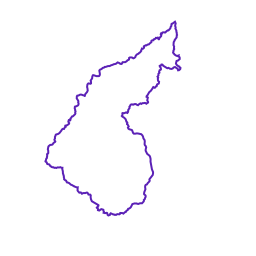 outline of Pataz, San Martín, Peru, rotated 64°
{"feature_id": "86281439B60553408093746", "entity_name": "Pataz", "entity_type": "district", "adm_level": 2, "iso_a3": "PER", "parent_name": "Peru", "parent_adm1": "San Martín", "projection": "orthographic", "projection_center": [-77.413, -8.063], "detail": "fine", "context": "isolated", "style": "outline", "palette": "violet", "viewbox_px": 256, "rotation_deg": 64, "n_neighbors": 0, "source": "geoboundaries", "source_scale": "gbopen_adm2", "svg_char_len": 5755}
<svg xmlns="http://www.w3.org/2000/svg" viewBox="0 0 256 256"><g transform="rotate(64 128 128)"><path d="M53.1,39.2L53.7,42.4L53.5,42.9L53.6,43.3L55.4,44.4L55.8,45.3L57.1,46.4L57.4,47.4L57.8,48.1L58.0,48.9L57.7,49.2L57.8,50.6L58.5,52.7L58.4,53.0L57.8,53.6L57.3,55.0L57.4,55.6L58.1,56.1L58.1,56.6L57.6,56.9L58.1,57.5L59.3,57.5L59.8,57.8L60.1,58.2L60.7,60.0L61.8,61.2L61.7,61.5L61.1,61.7L60.4,61.8L60.1,61.6L59.8,61.6L59.6,62.9L59.2,63.5L59.8,64.2L59.6,66.0L60.3,66.7L59.8,67.8L60.0,68.8L61.1,69.4L61.5,71.3L62.0,72.6L61.6,73.8L61.8,75.2L61.8,75.5L61.4,75.9L61.5,76.6L61.4,77.5L61.6,78.0L62.6,78.2L63.0,78.6L63.3,79.8L62.7,80.7L63.3,81.1L63.9,82.1L64.5,82.3L65.3,83.9L65.5,85.4L65.8,85.9L65.8,87.9L66.5,89.4L67.5,90.4L67.8,91.8L67.7,92.7L66.5,93.4L65.9,94.3L65.4,95.5L65.5,96.3L66.9,97.1L67.0,97.4L66.9,98.8L67.4,99.9L67.6,101.6L66.5,104.0L67.5,105.3L67.6,105.7L67.1,106.2L67.0,106.8L65.6,107.5L64.5,108.6L65.0,110.8L64.4,113.1L64.5,113.9L64.2,115.9L64.3,117.3L63.6,118.7L63.3,121.4L62.9,122.1L63.2,123.2L62.9,124.3L63.4,126.0L63.3,127.5L63.7,128.5L64.1,128.7L66.6,129.4L67.7,129.9L68.3,130.5L68.6,131.1L68.5,131.7L67.5,133.7L65.4,135.8L65.2,136.5L66.2,137.6L67.7,138.5L69.0,140.8L70.3,141.0L71.7,141.7L71.8,142.2L71.6,142.6L70.6,143.9L70.6,144.4L71.1,145.4L73.2,146.8L74.4,147.0L76.7,147.8L77.7,149.0L78.8,151.5L80.2,152.8L80.1,153.0L79.4,153.2L78.8,154.1L77.7,155.1L77.2,155.9L77.0,156.8L77.1,158.3L76.7,159.4L77.1,160.1L78.9,161.1L81.7,160.8L82.4,161.0L83.2,161.6L84.1,161.6L84.9,162.0L85.6,162.7L85.8,163.4L85.8,165.2L85.5,166.1L85.7,166.5L87.0,167.3L88.2,167.4L89.0,167.8L90.0,167.8L90.7,168.6L91.7,168.8L92.4,169.5L93.3,172.3L93.1,173.4L93.9,174.5L94.3,175.7L94.7,175.9L95.3,176.0L95.8,176.6L95.6,177.2L95.0,177.3L94.9,177.7L95.9,178.7L96.3,178.9L97.8,178.7L98.5,179.5L98.8,181.8L98.4,183.3L98.6,183.5L99.6,183.5L99.7,184.5L100.8,185.9L100.2,187.0L100.4,188.0L101.1,189.0L102.5,191.9L102.7,193.6L102.3,195.4L102.4,195.9L103.2,196.6L104.0,197.6L105.4,198.2L106.1,199.2L107.2,199.4L108.2,199.2L108.5,199.5L108.8,201.5L109.7,203.0L109.7,203.8L109.1,205.3L109.5,207.2L109.8,207.7L112.0,209.4L113.3,209.6L115.5,210.6L115.9,211.1L115.8,211.8L116.2,212.3L117.8,212.9L118.6,213.7L119.3,213.9L119.9,215.1L120.9,215.8L121.7,216.8L122.1,216.8L123.3,216.1L124.2,216.3L125.0,216.3L126.3,214.7L128.3,214.5L129.0,213.8L129.5,213.8L130.1,213.2L130.6,212.2L131.5,211.7L131.9,210.6L132.5,210.0L132.5,208.6L133.3,207.2L133.6,205.9L134.6,205.2L135.0,204.4L136.2,205.1L138.2,205.5L140.6,206.5L141.2,206.4L142.7,206.8L143.1,206.7L144.2,207.3L145.2,207.4L146.1,207.9L147.3,207.4L148.2,206.7L149.6,206.8L150.3,206.6L150.4,206.2L151.8,205.0L153.9,204.2L154.9,203.2L156.1,202.5L156.6,202.0L156.9,202.0L159.1,199.9L159.3,199.2L161.9,200.7L162.6,200.7L164.8,200.1L165.2,198.7L166.9,198.2L166.8,196.9L167.8,194.8L167.9,193.6L168.2,193.0L168.9,192.7L170.5,192.7L171.3,191.2L172.2,191.0L173.7,191.9L175.8,192.5L178.0,192.6L184.3,188.4L184.9,188.6L185.1,189.3L185.8,189.8L185.7,190.7L185.9,191.0L187.8,190.4L188.7,191.0L189.6,190.0L189.2,187.6L190.3,186.3L190.7,186.0L191.7,186.4L192.6,186.3L193.5,187.1L194.5,185.9L194.8,184.5L195.1,184.1L195.5,184.0L197.1,184.4L198.0,184.0L198.2,182.4L197.4,181.7L197.1,180.9L199.1,179.3L199.4,178.6L199.8,178.5L200.5,177.7L200.5,177.1L200.9,176.5L200.7,176.0L200.8,175.2L201.8,173.6L201.6,172.7L201.0,172.3L201.1,171.9L202.1,170.2L202.9,169.7L202.3,167.5L202.5,166.8L201.7,165.7L201.6,164.2L200.7,163.3L200.9,162.5L200.7,160.9L200.3,160.0L198.3,157.4L198.7,155.1L199.7,153.2L200.1,153.0L200.8,152.0L200.9,150.3L201.8,148.4L200.9,146.1L200.4,145.6L199.6,145.3L199.2,144.0L198.2,143.2L197.7,142.4L196.8,141.9L196.0,141.9L194.8,142.5L194.3,142.5L192.8,141.5L190.7,139.2L188.5,138.5L187.2,137.6L186.9,136.9L187.0,135.7L186.2,134.5L185.4,132.2L184.9,131.6L183.9,131.5L183.4,131.1L181.1,126.4L179.8,125.4L178.6,124.8L175.6,124.6L171.3,123.4L168.1,122.5L165.8,121.3L163.7,120.8L162.4,120.8L159.6,122.1L156.2,122.1L155.0,121.5L153.3,120.1L151.9,120.0L151.0,120.3L150.2,120.3L149.3,119.9L147.4,118.8L146.1,118.4L144.1,118.7L142.5,118.3L141.0,118.3L139.4,118.8L137.4,121.3L136.7,122.4L136.3,123.9L135.7,125.2L134.6,125.6L131.8,125.3L131.2,125.7L129.7,127.4L128.9,127.9L127.6,127.9L126.9,126.7L124.7,126.8L124.1,127.2L123.7,127.0L123.1,126.3L122.3,126.3L121.6,126.7L120.4,126.4L119.0,126.3L117.1,126.9L115.2,128.1L114.5,128.3L114.0,127.3L112.6,126.8L112.2,126.4L113.1,124.6L113.1,123.1L114.2,122.0L113.7,121.1L113.1,121.0L112.9,120.4L111.8,119.8L110.7,117.8L109.6,117.5L109.1,116.5L108.4,115.7L108.2,114.7L108.5,114.1L108.9,113.8L109.0,113.1L109.4,112.8L109.4,111.6L109.9,110.5L111.2,109.7L111.9,109.0L111.5,107.9L111.3,106.1L112.2,105.4L112.0,104.2L112.6,102.8L112.8,101.9L113.4,101.2L114.2,100.9L113.9,98.8L113.3,98.5L111.6,98.6L109.3,96.8L108.1,97.7L107.5,97.2L107.0,96.0L105.1,93.2L104.6,91.2L103.1,88.5L102.4,87.7L102.3,87.3L103.5,86.5L103.6,86.1L102.8,84.5L103.0,84.0L102.9,83.8L101.6,82.8L101.5,80.8L100.1,79.8L98.7,80.3L96.8,79.6L96.0,78.8L94.8,79.0L94.1,77.6L92.7,77.0L92.1,75.5L91.2,75.5L89.9,74.2L90.0,73.2L89.6,72.6L88.7,72.3L87.3,72.2L86.8,72.5L86.0,72.2L86.2,71.0L85.6,70.1L85.9,69.5L86.3,69.2L87.4,69.1L91.5,66.5L91.7,65.2L92.9,64.5L94.0,63.0L94.1,61.7L93.6,60.5L93.8,59.0L96.7,57.4L98.1,57.7L98.4,56.8L98.0,55.3L97.0,54.5L96.2,54.9L95.3,54.9L94.7,55.7L93.9,55.9L92.9,56.5L91.2,56.7L90.1,55.9L89.0,54.9L89.3,53.7L88.7,51.3L87.4,50.7L86.6,50.7L85.8,51.3L85.0,50.7L84.8,52.2L84.2,52.9L82.3,54.0L81.6,54.0L80.9,54.4L79.7,54.3L79.3,53.7L78.3,53.2L77.6,52.1L77.1,52.1L76.8,51.7L76.4,51.7L74.9,50.8L73.5,50.8L70.9,49.3L69.7,47.6L69.4,47.5L67.9,44.6L66.3,43.7L65.9,43.1L65.2,43.1L63.7,42.4L62.8,42.4L62.2,42.0L61.3,41.8L59.4,41.8L58.9,41.3L58.2,41.0L57.5,41.0L56.4,40.6L54.9,39.3L53.1,39.2Z" fill="none" stroke="#5b21b6" stroke-width="2"/></g></svg>